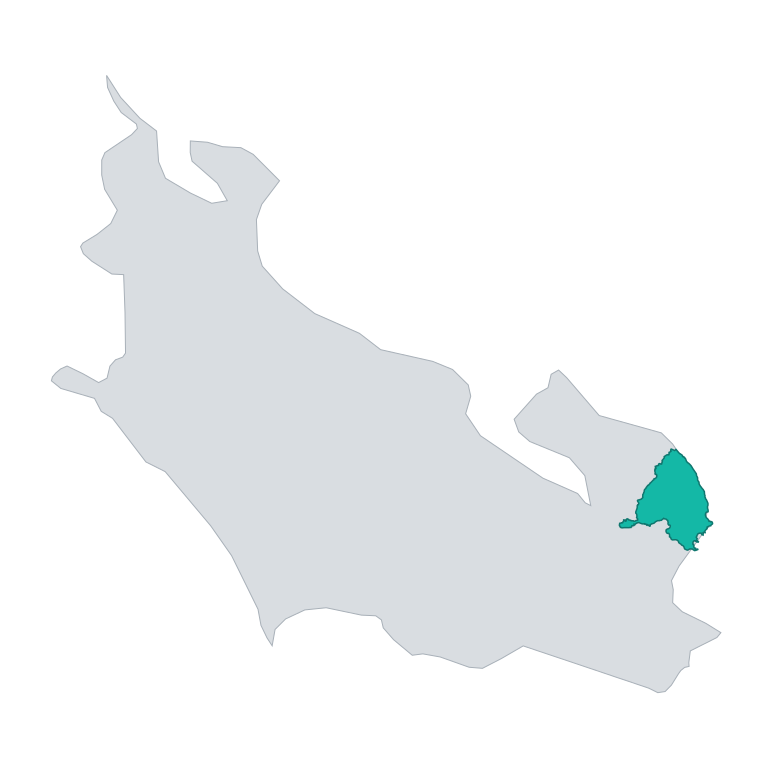 location of Santa Cruz, Guanacaste, Costa Rica, rotated 179°
{"feature_id": "36466004B7119067190129", "entity_name": "Santa Cruz", "entity_type": "district", "adm_level": 2, "iso_a3": "CRI", "parent_name": "Costa Rica", "parent_adm1": "Guanacaste", "projection": "orthographic", "projection_center": [-85.683, 10.236], "detail": "fine", "context": "in_parent", "style": "filled", "palette": "teal", "viewbox_px": 768, "rotation_deg": 179, "n_neighbors": 0, "source": "geoboundaries", "source_scale": "gbopen_adm2", "svg_char_len": 7526}
<svg xmlns="http://www.w3.org/2000/svg" viewBox="0 0 768 768"><g transform="rotate(179 384 384)"><path d="M716.5,393.0L715.4,396.8L712.0,400.7L707.1,404.7L700.6,407.5L684.8,399.5L669.3,390.4L660.8,394.7L657.7,406.7L652.0,412.9L644.8,415.4L641.9,419.4L641.7,459.9L642.4,497.9L654.2,498.7L673.9,511.8L682.3,519.5L685.0,526.6L682.6,530.2L668.3,538.6L654.4,549.2L647.6,562.4L659.9,583.5L662.6,597.9L662.3,612.9L659.0,620.2L632.0,637.7L626.1,643.8L627.0,648.2L642.0,660.0L649.2,671.5L655.2,685.3L656.0,697.4L642.3,675.1L623.4,653.9L607.0,640.9L605.5,610.1L598.9,593.5L574.2,578.3L553.1,567.7L537.5,570.0L547.1,587.6L572.0,610.1L573.7,618.8L573.4,630.4L556.3,628.8L541.3,624.1L523.0,622.8L510.8,615.9L484.9,589.0L503.1,565.8L508.7,550.6L508.0,519.2L503.7,504.0L483.7,480.9L452.0,455.6L407.7,435.1L386.8,418.4L335.0,405.8L315.2,397.3L299.8,381.6L297.5,370.3L302.9,352.8L288.5,330.6L226.8,287.1L192.3,271.1L184.9,261.7L179.4,258.8L184.8,288.9L199.9,307.0L239.2,323.9L250.1,333.7L254.5,346.5L231.7,371.2L220.1,377.4L216.7,390.8L209.2,394.9L201.3,387.2L169.4,348.7L107.6,330.3L96.5,319.0L73.5,283.8L63.0,251.7L66.8,230.3L92.1,196.9L100.0,182.4L98.4,173.4L99.2,160.3L89.8,151.1L66.4,139.1L51.5,129.5L55.6,124.7L82.4,111.8L84.1,100.1L83.9,96.3L88.3,95.4L92.2,92.4L94.6,89.2L101.9,77.9L108.3,71.6L115.6,70.6L124.7,75.3L158.4,87.3L195.9,100.7L249.4,119.7L271.5,107.4L290.5,98.0L303.8,99.3L332.6,110.1L349.9,113.5L360.5,112.3L378.9,128.2L389.0,140.2L390.7,148.2L396.3,152.4L410.6,153.3L445.7,161.3L467.1,159.5L486.5,150.8L497.2,140.5L500.4,124.2L505.4,132.2L511.2,144.8L513.9,161.0L539.4,215.1L559.8,245.3L604.3,300.2L623.4,310.2L656.0,354.4L667.2,361.6L673.7,374.7L707.2,385.2L716.5,393.0Z" fill="#d9dde1" stroke="#a8b0b8" stroke-width="1"/><path d="M150.3,236.8L149.9,236.6L149.8,236.4L149.3,236.4L148.7,236.0L146.2,236.2L142.1,236.1L141.2,236.1L140.7,236.3L139.6,236.2L139.4,236.6L138.8,237.0L138.8,237.7L138.4,238.1L137.9,238.0L136.8,238.0L136.7,238.1L136.5,238.4L135.9,238.7L136.0,238.9L136.5,239.3L136.5,239.5L135.8,239.4L135.5,239.2L134.8,239.9L134.3,240.1L134.0,240.4L133.5,240.5L133.2,240.8L132.6,240.8L132.1,241.0L131.2,240.9L130.5,240.5L128.4,239.7L126.8,239.6L126.3,239.8L125.8,239.8L125.6,239.7L125.6,239.3L124.6,239.3L124.2,239.1L124.0,238.4L123.7,238.2L123.1,238.8L122.6,238.4L122.4,237.9L122.2,237.8L121.8,237.9L121.6,238.2L121.3,238.2L121.1,238.1L120.8,237.2L120.6,237.2L120.3,237.5L120.3,238.1L120.0,238.8L119.1,239.3L118.8,239.6L118.6,239.5L116.5,240.1L115.4,241.0L115.1,241.5L114.5,241.7L114.2,241.9L113.9,242.0L113.0,242.5L112.6,242.6L111.1,242.5L110.4,242.8L109.4,242.8L108.8,243.0L108.2,243.7L107.4,244.2L107.0,244.3L106.8,244.8L106.6,244.8L106.3,244.5L105.4,244.1L104.8,244.1L104.3,244.0L103.7,243.2L102.7,242.7L102.6,242.4L102.6,241.9L102.4,240.6L102.2,240.4L102.5,239.6L102.4,238.9L101.9,238.1L101.6,237.9L101.1,238.1L100.8,238.0L100.5,237.8L100.2,237.3L100.3,236.6L100.7,235.4L101.0,235.0L102.4,234.2L102.9,234.2L103.9,233.7L104.2,233.2L104.5,233.1L104.6,231.8L104.2,230.6L103.6,229.9L103.2,229.7L102.2,229.7L101.4,229.1L101.3,228.5L101.1,228.1L101.2,226.2L100.9,226.0L100.2,225.6L99.7,224.4L99.7,224.1L99.0,223.4L98.3,223.1L96.1,223.2L94.8,223.2L93.4,222.6L92.3,221.5L92.1,220.3L91.6,219.8L89.7,218.5L89.3,217.8L88.2,217.3L87.5,216.8L86.9,215.8L86.6,214.7L86.2,213.8L84.2,212.8L83.1,212.6L82.4,213.1L81.0,213.8L80.7,213.7L79.1,213.7L78.6,213.6L78.3,213.5L78.0,213.1L77.6,212.7L77.0,212.5L76.6,212.1L76.2,212.3L76.1,212.1L75.1,212.2L74.7,212.5L74.2,212.5L73.8,212.9L73.2,212.9L73.1,213.0L73.1,213.3L73.4,213.5L74.2,213.2L74.8,213.3L75.3,213.6L75.4,213.8L75.2,214.1L75.3,214.4L75.7,214.5L76.2,214.3L76.8,214.9L76.8,215.4L77.1,215.8L77.0,217.1L77.3,217.4L77.2,218.1L77.3,218.4L77.9,218.4L78.0,218.9L78.0,219.6L77.6,220.9L76.7,221.8L75.6,222.0L75.2,221.8L75.3,221.4L74.5,221.1L74.2,220.7L72.6,220.4L72.4,220.8L73.4,221.7L73.9,222.7L74.0,223.1L73.9,223.6L73.7,223.6L73.5,223.8L74.4,225.0L74.5,225.4L74.5,225.5L74.0,225.9L73.8,227.1L73.1,227.9L72.7,228.8L72.4,229.0L70.8,229.4L69.5,229.3L69.3,229.2L69.2,228.6L68.7,227.8L68.3,227.9L68.2,227.7L67.9,227.8L67.8,227.5L67.6,227.4L67.5,228.3L67.6,228.5L67.3,228.8L67.5,229.6L67.3,229.6L67.2,230.0L66.5,230.3L66.1,229.9L65.5,229.8L65.5,230.1L65.8,230.6L65.6,231.5L64.9,232.5L64.0,233.1L63.9,233.4L63.5,233.7L63.5,233.9L63.7,234.1L63.3,234.4L63.3,234.7L63.2,235.0L63.4,235.3L62.8,235.7L62.3,235.6L62.0,235.6L62.0,235.8L61.5,236.3L60.9,236.4L60.4,236.6L60.1,236.5L59.8,236.5L59.6,237.0L58.9,237.7L58.2,238.2L58.0,238.4L57.9,238.9L58.1,239.3L58.1,239.9L58.6,240.5L59.1,240.5L59.3,240.7L59.8,240.5L60.1,240.6L60.6,241.3L61.4,241.1L61.9,242.4L62.5,243.1L62.9,243.8L63.7,244.3L64.0,244.7L64.6,245.8L64.9,247.1L64.9,248.4L64.3,249.7L63.9,250.2L63.3,250.4L62.6,250.4L62.2,250.6L62.1,251.3L62.3,253.0L62.8,254.4L62.6,255.2L62.7,255.9L62.2,257.2L62.2,259.1L63.6,262.5L64.5,263.7L64.6,264.5L65.1,265.4L65.0,267.0L65.4,267.9L65.6,271.0L66.0,271.5L66.7,272.9L67.5,273.7L68.9,275.7L69.5,276.4L69.9,277.2L70.4,277.9L70.7,278.8L70.8,280.4L72.1,282.3L72.1,284.8L72.4,285.6L72.9,286.4L73.1,287.0L73.3,288.8L76.9,294.3L77.5,295.5L78.0,296.1L78.3,296.8L79.7,298.4L81.0,299.6L82.0,300.2L82.2,300.5L82.4,300.9L82.9,301.4L83.8,304.0L84.7,304.7L84.6,305.2L85.6,306.0L85.9,305.8L86.8,306.4L86.8,307.1L87.3,307.8L88.1,308.4L88.8,308.7L89.1,309.1L89.4,309.1L90.9,310.6L91.4,311.4L91.9,311.9L93.1,313.4L93.3,313.5L93.6,313.1L94.6,312.4L97.1,313.6L97.5,313.5L97.8,313.9L98.2,313.8L98.5,312.9L98.3,311.6L98.8,311.5L99.2,311.1L99.5,310.7L100.2,310.6L100.1,309.7L100.3,309.2L100.3,308.5L100.5,308.2L101.4,308.4L102.3,308.1L102.8,308.1L103.9,307.2L104.6,306.9L105.1,306.6L105.1,305.2L105.7,304.5L106.6,303.4L107.0,303.1L107.3,302.6L107.3,302.3L107.0,302.1L107.0,301.8L107.2,301.5L107.2,300.8L107.8,300.0L107.7,299.3L108.2,299.0L108.6,299.0L109.4,299.5L110.2,299.6L110.8,299.1L110.9,298.7L110.9,297.8L111.7,297.7L112.6,297.3L112.9,297.4L113.2,297.4L113.5,296.8L114.2,296.8L114.2,296.3L113.8,295.8L113.9,295.5L113.6,295.3L113.5,294.9L113.9,294.4L114.3,294.4L114.7,294.1L114.4,293.3L114.8,292.7L114.6,291.4L114.3,290.7L114.3,290.4L114.5,290.1L114.6,289.7L114.5,289.2L114.2,288.8L113.9,288.8L113.8,289.0L113.1,288.8L112.8,287.4L113.0,287.1L112.9,286.8L113.1,286.0L113.3,285.7L114.6,284.7L115.6,284.6L115.8,283.6L116.6,283.2L117.0,282.7L119.1,280.6L119.6,280.4L119.7,279.9L120.1,279.6L120.9,278.6L121.2,278.5L121.5,278.1L122.1,278.0L122.3,277.5L122.8,277.1L123.1,276.5L123.7,276.0L124.0,275.0L124.8,274.4L125.4,273.7L125.6,273.2L125.7,271.7L126.1,271.2L126.6,269.7L127.2,268.8L127.2,267.7L127.3,267.2L127.2,265.9L128.8,264.4L129.1,264.3L129.3,264.2L129.9,264.1L130.8,263.7L132.0,263.6L132.3,263.4L132.6,263.0L132.5,262.4L131.5,260.8L131.4,260.1L131.5,259.8L132.0,258.8L132.2,258.7L132.3,258.8L132.5,258.8L132.6,258.5L132.9,258.1L133.0,255.8L133.2,255.1L133.8,253.6L134.2,252.4L134.4,252.0L134.5,251.4L134.5,250.5L134.0,250.0L133.7,249.4L133.5,248.7L133.4,247.2L133.8,246.1L133.7,245.8L133.2,245.4L132.7,244.7L132.7,243.8L132.8,243.3L133.0,243.2L133.4,243.3L133.8,243.3L134.4,243.1L135.1,242.6L135.6,242.5L136.5,242.4L137.2,242.9L138.8,242.9L139.2,243.2L139.9,243.2L140.4,243.7L141.5,243.7L141.9,244.5L142.7,244.6L143.2,245.0L143.6,244.8L144.0,244.3L144.4,244.2L144.5,243.9L144.2,243.5L144.1,243.1L144.5,243.0L144.7,242.6L145.0,242.6L145.5,243.3L145.8,243.7L146.4,244.0L146.7,244.0L146.8,243.9L146.8,242.7L147.1,242.2L147.7,241.8L147.9,241.1L149.2,241.1L149.6,240.7L150.8,240.6L150.9,239.7L151.1,239.1L151.1,238.5L150.8,237.8L150.4,237.6L150.3,236.8Z" fill="#14b8a6" stroke="#0f766e" stroke-width="1.5"/></g></svg>